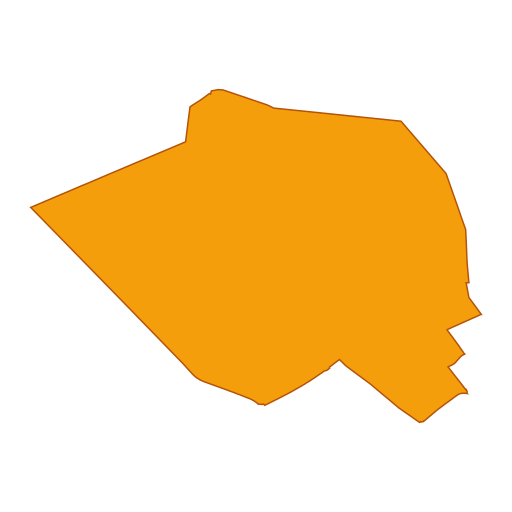 Lelystad, Flevoland, Netherlands (Robinson projection)
{"feature_id": "6326949B53575024953728", "entity_name": "Lelystad", "entity_type": "district", "adm_level": 2, "iso_a3": "NLD", "parent_name": "Netherlands", "parent_adm1": "Flevoland", "projection": "robinson", "projection_center": [5.465, 52.539], "detail": "fine", "context": "isolated", "style": "filled", "palette": "amber", "viewbox_px": 512, "rotation_deg": 0, "n_neighbors": 0, "source": "geoboundaries", "source_scale": "gbopen_adm2", "svg_char_len": 5023}
<svg xmlns="http://www.w3.org/2000/svg" viewBox="0 0 512 512"><path d="M264.7,405.3L265.7,404.8L266.8,404.3L268.0,403.7L269.3,403.1L270.6,402.4L271.9,401.8L272.4,401.5L273.1,401.2L274.1,400.7L275.2,400.1L276.2,399.6L277.3,399.1L278.3,398.6L279.3,398.0L280.4,397.5L281.4,397.0L282.5,396.4L284.6,395.3L285.6,394.8L286.6,394.3L287.7,393.7L288.7,393.2L289.7,392.6L290.8,392.1L291.8,391.5L292.8,390.9L293.8,390.4L294.8,389.8L295.8,389.2L296.4,388.9L296.8,388.7L297.8,388.1L298.8,387.5L299.8,386.9L300.8,386.4L301.1,386.2L302.3,385.5L303.4,384.8L304.5,384.2L305.4,383.6L306.3,383.0L307.2,382.4L307.7,382.1L308.1,381.9L308.8,381.5L309.9,380.8L310.7,380.3L311.5,379.7L313.0,378.8L314.3,377.9L315.8,376.9L316.7,376.3L317.8,375.5L318.7,374.9L320.1,373.9L320.5,373.7L322.1,372.6L324.4,370.9L326.7,370.4L329.6,368.3L329.4,367.2L331.9,365.3L335.7,362.3L336.4,361.8L337.7,360.8L338.5,360.3L339.4,359.5L339.5,359.5L340.6,360.7L342.1,362.1L345.0,365.0L345.8,365.7L346.2,366.0L346.6,366.3L346.9,366.6L347.2,366.8L347.6,367.1L349.2,368.3L353.7,371.7L358.3,375.1L362.9,378.5L367.5,381.9L369.4,383.3L370.2,383.9L371.3,384.8L374.2,387.2L377.1,389.7L380.2,392.3L382.7,394.4L382.8,394.5L384.2,395.7L384.3,395.7L384.4,395.8L386.8,397.8L389.9,400.4L392.9,402.9L397.4,406.7L397.7,406.9L397.9,407.1L398.3,407.4L398.7,407.8L399.1,408.1L399.5,408.4L400.0,408.7L402.0,410.1L402.8,410.7L404.8,412.1L409.0,415.0L412.7,417.6L412.8,417.7L419.5,422.4L420.3,421.7L420.7,422.0L420.8,422.0L421.0,422.1L421.4,422.0L422.5,421.6L422.8,421.5L423.1,421.7L423.3,421.5L424.0,421.0L424.0,420.9L424.3,420.9L429.6,416.4L430.2,415.9L430.8,415.4L431.4,414.9L432.2,414.2L436.3,410.7L436.7,410.4L437.0,410.1L437.4,409.8L437.9,409.5L438.2,409.2L438.6,408.9L440.2,407.7L440.6,407.4L443.0,405.6L445.8,403.5L446.0,403.4L446.1,403.2L446.8,402.8L446.9,402.7L448.6,401.5L451.4,399.4L453.2,398.1L454.2,397.3L454.6,397.0L455.2,396.6L456.3,395.8L457.1,395.3L457.7,394.8L458.0,394.6L458.3,394.5L458.6,394.3L458.9,394.2L459.2,394.0L459.5,393.9L459.8,393.8L460.1,393.7L460.4,393.6L460.7,393.6L461.0,393.5L461.4,393.4L461.7,393.4L462.1,393.3L462.5,393.3L462.9,393.2L463.2,393.2L463.6,393.2L464.0,393.2L464.4,393.2L464.7,393.3L465.1,393.3L466.0,393.4L466.3,393.4L467.1,393.5L467.0,393.4L466.9,393.4L467.1,392.5L467.1,392.3L467.1,392.0L467.1,391.8L467.1,391.5L467.0,391.3L466.9,391.0L466.7,390.8L466.6,390.6L466.0,389.9L465.9,389.8L466.2,389.6L465.7,389.0L465.3,389.0L464.8,388.4L458.7,380.5L454.1,374.7L453.5,373.9L452.7,372.9L452.3,372.3L452.1,372.1L451.6,371.5L448.7,367.7L448.2,367.2L448.0,366.9L450.6,365.6L451.8,365.1L452.1,364.9L452.4,364.8L452.7,364.6L453.0,364.4L453.3,364.2L453.6,364.1L454.1,363.7L454.3,363.5L454.5,363.4L454.8,363.2L455.0,363.0L455.2,362.7L455.4,362.5L455.7,362.3L455.9,362.0L456.1,361.7L458.3,359.3L459.5,357.9L459.8,357.6L460.2,357.1L460.5,356.9L460.8,356.5L461.0,356.3L461.2,356.1L461.4,355.9L461.7,355.8L462.0,355.5L462.3,355.3L462.7,355.1L463.1,354.9L463.8,354.6L464.4,354.3L464.8,354.1L464.6,353.8L464.2,353.5L464.0,353.3L463.9,353.2L462.5,351.1L461.5,349.7L460.5,348.3L459.4,346.6L459.0,346.0L458.6,345.4L458.2,344.9L457.9,344.6L455.1,340.7L453.3,338.3L453.1,338.0L451.2,335.4L450.2,334.1L449.0,332.5L447.0,329.8L447.0,329.7L449.9,328.4L453.1,326.9L456.4,325.5L459.6,324.0L466.1,321.1L469.4,319.7L471.0,318.9L472.6,318.2L475.9,316.8L479.1,315.3L481.1,314.4L481.3,314.4L475.1,305.9L469.0,297.7L468.9,297.6L466.2,283.0L466.1,282.8L468.9,282.7L468.0,272.9L467.1,262.7L466.7,253.6L466.4,245.3L465.7,230.3L465.6,229.2L464.4,226.0L461.5,217.8L457.9,207.3L457.0,204.7L456.9,204.4L455.6,200.8L454.4,197.3L453.7,195.4L453.0,193.4L449.7,183.9L446.1,173.6L401.0,121.2L275.9,108.3L273.7,108.1L271.6,107.0L267.1,104.9L223.3,90.0L218.4,89.6L211.5,90.9L211.4,90.9L211.3,91.3L211.1,91.9L210.8,93.0L210.7,93.3L210.5,93.8L210.5,94.0L209.3,93.6L201.9,99.1L195.6,103.2L191.8,105.6L190.0,106.9L188.7,117.0L188.3,120.0L185.6,141.8L164.3,150.8L136.8,162.4L103.0,176.7L86.4,183.8L82.2,185.5L30.7,207.4L56.4,233.7L98.9,277.2L127.2,306.2L175.5,355.9L182.9,363.5L186.4,367.4L190.5,371.9L192.5,374.1L192.9,374.5L193.3,374.9L193.6,375.2L194.1,375.7L194.5,376.0L194.9,376.4L195.3,376.7L195.8,377.1L196.2,377.4L196.7,377.8L197.2,378.1L197.6,378.4L198.1,378.7L198.6,379.0L199.1,379.3L199.6,379.6L200.1,379.9L200.6,380.1L201.1,380.4L201.7,380.7L202.2,380.9L202.7,381.1L203.3,381.4L203.9,381.6L204.1,381.7L205.5,382.2L205.8,382.3L206.6,382.6L220.7,387.7L227.3,390.1L230.1,391.2L233.0,392.2L235.8,393.3L236.6,393.6L237.1,393.8L238.1,394.2L238.6,394.3L241.4,395.4L244.1,396.5L246.9,397.6L248.1,398.1L248.7,398.3L249.2,398.5L249.8,398.7L250.3,399.0L250.7,399.1L251.2,399.4L251.7,399.6L252.3,399.9L252.8,400.2L253.3,400.5L253.8,400.7L254.3,401.0L254.7,401.4L255.2,401.7L255.7,402.0L256.1,402.3L256.6,402.7L257.0,403.0L257.4,403.4L257.8,403.7L258.2,404.1L258.4,404.3L258.5,404.3L258.7,404.2L259.2,404.1L259.3,404.1L259.8,404.2L260.5,404.3L261.6,404.4L261.9,404.4L262.1,404.4L262.5,404.4L262.8,404.3L263.2,404.2L263.7,404.0L264.7,405.3Z" fill="#f59e0b" stroke="#b45309" stroke-width="1.5"/></svg>